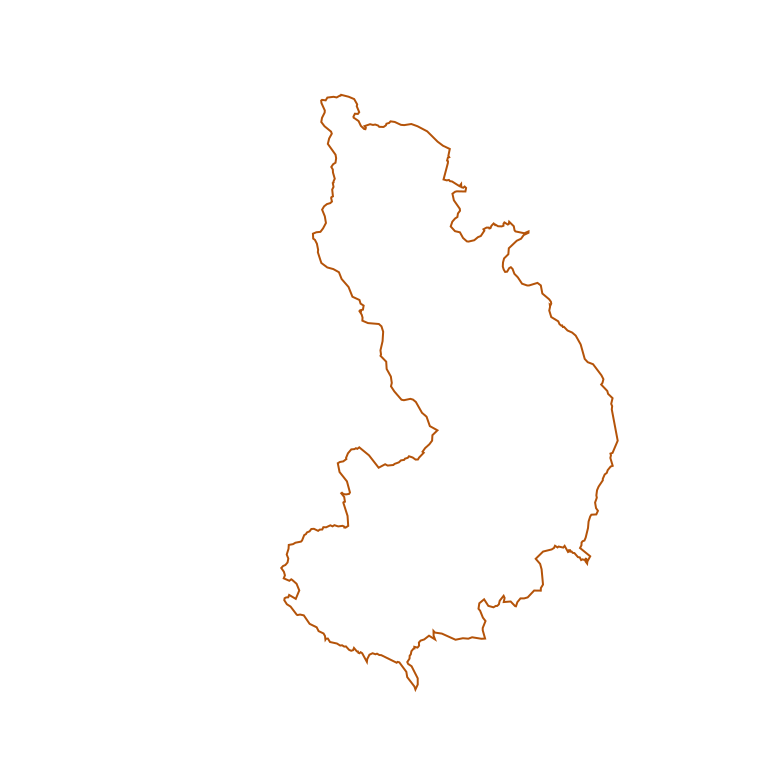 the district of Almasu, Salaj, Romania, rotated 55°
{"feature_id": "2599482B45956025048806", "entity_name": "Almasu", "entity_type": "district", "adm_level": 2, "iso_a3": "ROU", "parent_name": "Romania", "parent_adm1": "Salaj", "projection": "robinson", "projection_center": [23.079, 46.933], "detail": "fine", "context": "isolated", "style": "outline", "palette": "amber", "viewbox_px": 768, "rotation_deg": 55, "n_neighbors": 0, "source": "geoboundaries", "source_scale": "gbopen_adm2", "svg_char_len": 6165}
<svg xmlns="http://www.w3.org/2000/svg" viewBox="0 0 768 768"><g transform="rotate(55 384 384)"><path d="M625.1,524.4L623.6,520.6L621.3,518.8L620.9,517.2L618.6,514.8L617.7,511.5L618.1,510.8L616.7,509.9L619.1,507.8L618.9,506.7L618.4,505.3L615.8,503.7L615.2,501.2L616.3,497.6L616.0,491.5L622.5,488.7L618.6,487.7L614.7,485.1L616.9,484.8L621.6,479.8L634.5,472.1L637.5,465.2L641.0,461.0L642.0,457.1L648.6,450.3L650.5,447.2L642.4,444.4L640.5,443.1L636.4,436.8L632.1,437.0L624.8,435.3L622.3,435.5L618.3,431.7L617.8,425.5L625.6,425.8L629.7,422.4L629.9,419.7L630.7,418.6L630.4,416.3L627.9,413.5L626.1,407.5L628.4,407.9L631.3,411.0L634.8,405.0L641.2,404.0L641.8,403.4L639.2,399.9L637.9,395.2L640.0,392.2L641.2,388.7L639.3,379.5L643.2,374.1L641.1,372.5L639.5,368.8L626.2,361.2L620.9,359.3L614.2,360.0L612.5,349.8L615.7,341.5L615.8,338.8L614.6,336.7L617.4,335.6L617.3,334.2L620.8,331.0L620.2,328.9L627.2,329.6L627.3,328.4L626.3,327.7L626.9,326.9L628.3,327.4L628.8,326.4L630.5,326.3L631.7,325.0L637.1,324.4L638.3,323.1L641.3,323.5L641.5,322.0L643.5,320.4L642.8,319.0L643.2,318.6L644.8,318.7L644.4,320.2L644.9,320.7L647.6,320.6L646.1,319.3L643.4,313.9L630.8,317.5L629.4,314.8L627.2,313.1L626.7,311.5L627.2,309.6L625.5,306.9L619.0,299.5L614.0,295.3L610.8,291.1L610.0,289.1L612.6,284.9L610.6,281.5L607.3,281.5L602.2,279.1L599.2,274.9L597.0,273.9L593.2,270.4L591.1,267.0L588.4,260.0L587.2,259.2L584.7,255.1L584.6,252.5L582.9,250.2L581.6,245.7L582.2,243.6L574.4,241.0L572.6,239.0L570.9,238.4L571.5,236.3L564.5,225.1L535.5,212.0L533.0,209.8L530.6,209.3L526.7,204.9L520.6,206.1L517.8,205.1L509.0,206.4L508.4,204.4L505.9,201.5L501.6,200.9L487.7,201.4L483.0,204.6L478.6,205.2L464.4,200.2L454.3,199.2L449.7,200.4L445.4,203.0L440.4,203.8L439.9,204.8L438.2,204.5L437.9,205.3L435.6,205.9L432.6,205.3L425.1,208.6L418.6,206.5L416.0,203.7L414.2,202.7L415.0,202.5L414.1,200.9L412.4,200.1L409.4,200.1L400.7,202.4L393.2,199.0L389.2,200.3L386.5,208.6L385.4,210.2L381.0,213.4L373.4,213.2L368.5,214.0L363.5,212.7L361.1,213.1L360.9,215.0L362.6,218.7L361.7,220.5L358.9,220.3L355.9,219.3L352.7,216.8L350.0,213.6L349.0,207.7L344.4,203.9L342.8,193.1L343.6,188.4L342.1,184.1L343.0,178.9L341.9,178.1L341.0,182.6L334.4,188.8L333.0,188.9L329.2,187.2L322.9,188.4L324.5,190.0L324.4,191.1L320.7,192.7L321.2,194.1L322.9,195.4L322.4,197.2L320.2,200.1L317.4,201.3L317.5,201.8L315.4,202.1L316.0,205.2L317.4,207.4L317.0,208.5L316.0,208.4L314.7,210.3L314.3,213.8L316.0,213.9L318.3,219.8L317.6,222.8L318.0,227.6L315.8,233.1L314.7,234.3L309.7,235.5L303.3,234.8L299.5,238.2L293.2,239.0L290.2,234.9L289.2,230.9L289.3,228.1L286.7,225.6L285.7,222.4L283.9,221.4L273.6,221.4L267.4,218.8L267.3,215.5L267.9,213.9L273.0,206.9L270.5,204.3L268.5,204.7L268.7,206.5L267.1,207.8L264.4,206.1L265.2,208.7L257.1,212.1L255.7,213.6L254.1,213.8L253.2,215.8L250.6,217.9L239.6,204.9L238.2,203.8L237.2,204.2L235.2,201.8L235.6,200.5L234.0,200.4L229.2,195.3L222.7,199.0L216.2,201.1L201.8,203.7L192.1,208.7L186.7,212.5L183.5,219.0L181.4,221.5L175.5,224.9L172.6,228.0L173.1,230.0L172.2,232.7L173.2,234.1L173.2,236.9L170.6,240.4L168.9,240.6L166.4,242.4L165.5,244.4L163.2,246.4L161.6,252.0L163.7,251.9L164.6,253.1L163.7,254.0L159.3,254.9L154.0,254.0L148.4,256.1L147.5,255.7L145.9,252.8L147.8,250.5L147.1,248.4L140.8,247.0L139.6,245.6L133.5,245.0L128.4,248.2L122.5,253.3L122.9,254.2L122.5,254.5L122.1,258.4L119.8,260.6L116.9,266.1L118.2,269.1L115.7,271.8L115.8,272.9L118.0,274.1L126.0,275.6L127.6,276.9L130.4,282.1L133.4,285.1L138.7,284.9L146.9,282.6L149.0,283.2L151.4,288.1L155.1,292.3L168.4,292.2L171.6,293.7L174.9,296.8L174.8,299.6L176.0,302.7L178.9,302.9L181.5,304.5L187.6,306.6L189.1,309.2L190.0,309.7L190.0,310.7L193.6,312.3L195.0,314.9L201.0,318.2L200.8,319.9L201.3,320.6L204.7,322.0L205.0,324.3L203.9,327.5L204.0,329.4L204.1,331.2L205.7,334.7L212.7,336.3L218.8,339.2L221.6,344.7L222.9,348.8L220.9,352.4L220.1,356.0L224.3,358.6L226.3,357.9L230.6,358.5L236.3,361.0L238.1,362.6L246.5,365.2L249.0,365.9L256.0,363.6L260.8,359.6L266.6,356.8L273.7,358.5L284.2,357.4L294.4,359.8L301.1,355.9L304.7,357.1L308.1,355.7L311.0,358.6L310.3,360.3L311.1,361.0L310.0,361.5L310.2,362.3L314.4,362.5L317.3,363.5L319.7,365.4L324.9,362.2L331.9,353.8L335.3,353.0L340.7,354.7L348.1,360.6L354.4,367.6L358.1,369.5L358.9,370.7L367.0,369.4L373.2,373.2L381.8,374.1L387.6,377.0L389.9,379.6L396.0,379.8L406.9,378.7L408.7,377.0L411.3,370.9L413.4,369.2L417.0,368.2L429.4,369.4L435.2,367.9L444.8,370.6L452.6,366.8L453.7,373.7L458.0,377.1L459.4,381.4L460.1,387.1L461.6,391.3L463.1,390.9L464.4,397.5L465.3,399.5L464.0,401.5L460.6,402.7L457.5,405.0L458.1,406.9L457.2,409.6L457.7,411.0L456.3,413.9L456.7,416.8L455.5,421.2L455.7,422.8L452.9,427.8L450.4,429.1L449.5,436.4L433.8,437.2L421.7,440.6L421.8,443.1L420.5,443.8L420.4,445.5L418.8,448.3L420.1,453.3L422.8,457.5L423.9,457.9L424.0,461.8L422.6,464.8L422.4,467.3L430.6,470.9L442.5,470.2L453.3,474.1L454.0,475.6L452.7,478.4L450.9,480.4L449.0,480.8L449.0,481.7L453.7,481.4L458.0,483.5L457.6,484.9L457.9,485.4L471.1,489.5L479.7,494.7L479.6,497.9L478.8,498.8L478.1,498.3L476.4,499.3L474.4,503.2L471.2,505.6L471.1,507.8L469.0,509.0L468.2,513.6L466.5,515.8L467.8,518.0L466.4,520.2L466.5,522.2L462.4,524.5L461.1,526.7L462.0,529.5L461.4,532.3L462.2,534.1L462.0,536.0L465.2,540.9L465.5,542.4L463.2,547.6L463.0,550.4L461.2,554.3L464.2,556.7L467.9,561.5L472.1,562.5L474.9,565.4L475.7,568.6L475.2,571.1L475.8,573.7L480.4,573.7L483.9,574.9L485.7,577.6L490.9,574.4L490.8,572.0L491.7,571.6L497.5,570.2L504.5,571.8L509.4,579.5L502.4,582.7L503.8,584.8L502.7,586.6L502.5,588.3L503.9,589.7L508.7,589.9L512.7,588.2L522.9,587.8L523.7,587.3L524.7,585.0L527.5,582.4L537.8,582.5L544.7,578.7L548.9,579.3L553.7,576.6L556.6,576.9L559.8,578.6L559.4,577.6L560.3,576.0L564.4,576.2L569.6,571.4L573.1,569.9L574.0,568.2L576.3,567.2L577.1,565.7L581.7,565.1L583.7,563.9L584.3,562.0L583.0,560.0L587.5,559.6L588.1,558.8L589.4,559.2L590.5,558.5L590.3,557.0L592.0,556.3L601.8,557.4L599.7,555.5L597.4,551.2L598.0,547.8L600.5,546.0L600.9,544.4L603.3,543.3L604.5,541.8L619.6,533.5L619.4,532.3L620.8,531.1L632.6,530.8L637.4,533.1L649.2,532.6L652.3,533.5L649.5,528.7L644.4,525.2L631.0,523.3L627.1,524.8L625.1,524.4Z" fill="none" stroke="#b45309" stroke-width="2"/></g></svg>